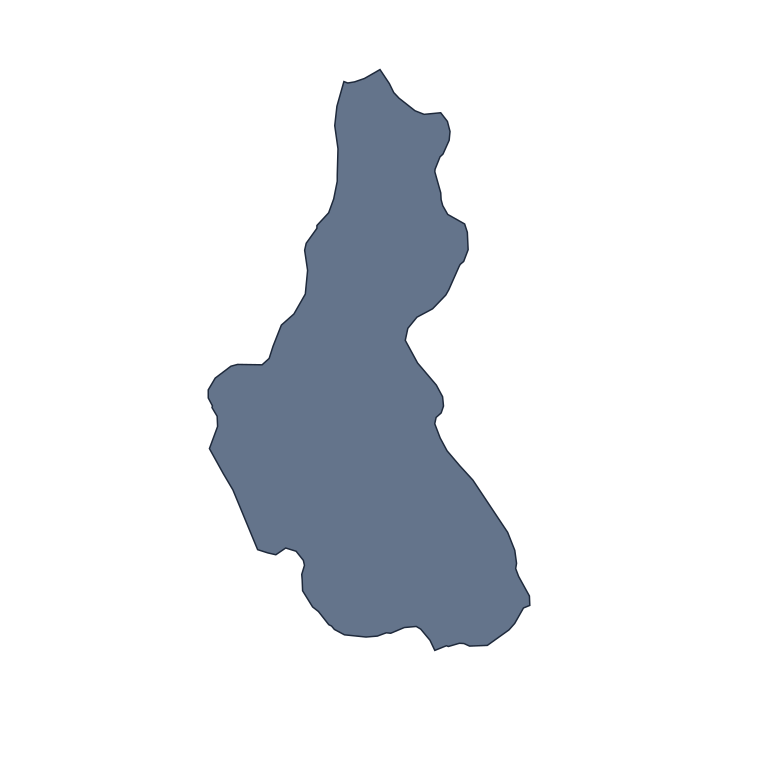 the district of Mixco, Guatemala, rotated 327°
{"feature_id": "79465075B33293515878982", "entity_name": "Mixco", "entity_type": "district", "adm_level": 2, "iso_a3": "GTM", "parent_name": "Guatemala", "parent_adm1": "", "projection": "equal_earth", "projection_center": [-90.581, 14.643], "detail": "fine", "context": "isolated", "style": "filled", "palette": "slate", "viewbox_px": 768, "rotation_deg": 327, "n_neighbors": 0, "source": "geoboundaries", "source_scale": "gbopen_adm2", "svg_char_len": 1575}
<svg xmlns="http://www.w3.org/2000/svg" viewBox="0 0 768 768"><g transform="rotate(327 384 384)"><path d="M551.9,118.1L534.0,117.1L523.9,114.6L517.5,111.8L515.1,108.5L495.8,125.4L483.4,140.5L473.5,161.7L458.8,183.0L455.2,188.5L442.6,201.4L430.8,210.3L414.1,214.5L412.5,216.9L395.4,223.6L390.3,228.6L381.8,247.1L367.0,265.7L346.6,276.2L330.0,278.7L311.5,291.9L301.6,300.0L292.2,301.5L271.8,287.8L265.3,285.7L245.7,287.1L233.4,293.2L229.0,300.0L228.2,308.9L226.9,310.1L226.5,320.2L221.3,329.0L202.4,343.1L200.4,371.6L199.6,390.5L187.8,454.1L194.5,462.3L200.3,468.3L212.2,468.0L219.2,476.4L220.3,488.0L218.5,492.8L211.3,498.9L208.7,503.7L203.1,513.1L202.7,532.1L205.1,539.1L206.6,555.8L208.2,558.4L208.7,562.8L214.2,572.8L231.1,586.4L241.1,591.8L250.4,593.9L253.9,596.7L268.4,599.3L279.0,604.9L281.3,609.6L283.0,624.0L281.5,635.1L293.8,637.5L295.0,639.2L306.0,642.5L309.7,645.2L313.0,650.4L328.3,659.5L354.9,658.3L363.2,656.0L379.0,647.8L385.7,649.1L390.5,641.0L392.1,618.7L393.9,610.5L397.5,606.6L403.1,594.7L406.9,575.8L406.2,513.0L403.0,493.7L400.5,474.4L401.7,459.9L404.9,445.0L409.5,440.4L416.2,439.4L421.9,434.9L426.2,426.6L427.3,413.4L423.6,384.7L425.6,359.0L434.3,350.3L448.0,345.9L465.7,347.4L484.2,343.1L489.6,340.3L510.9,326.4L513.0,325.2L517.6,324.6L527.7,317.2L536.5,302.2L538.8,293.7L529.8,276.5L530.4,266.4L532.3,260.5L535.7,254.6L542.2,233.7L543.8,231.7L554.7,224.0L558.7,223.3L571.4,215.1L576.9,208.2L580.2,198.3L579.3,187.4L564.5,179.7L558.8,171.7L552.3,152.6L550.9,144.9L552.1,135.0L551.9,118.1Z" fill="#64748b" stroke="#1e293b" stroke-width="1.5"/></g></svg>